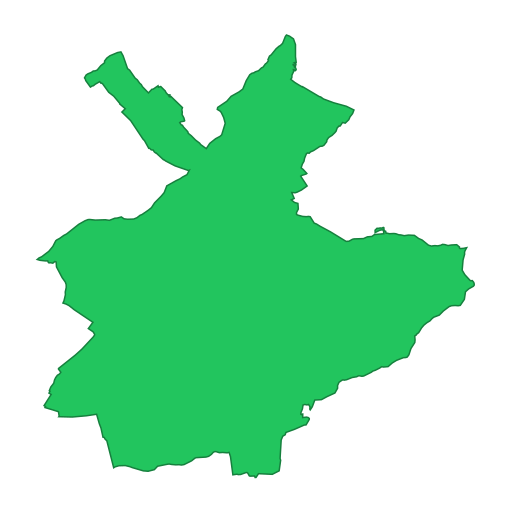 the district of Pungesti, Vaslui, Romania, rotated 91°
{"feature_id": "2599482B34424571679317", "entity_name": "Pungesti", "entity_type": "district", "adm_level": 2, "iso_a3": "ROU", "parent_name": "Romania", "parent_adm1": "Vaslui", "projection": "orthographic", "projection_center": [27.364, 46.71], "detail": "fine", "context": "isolated", "style": "filled", "palette": "green", "viewbox_px": 512, "rotation_deg": 91, "n_neighbors": 0, "source": "geoboundaries", "source_scale": "gbopen_adm2", "svg_char_len": 6008}
<svg xmlns="http://www.w3.org/2000/svg" viewBox="0 0 512 512"><g transform="rotate(91 256 256)"><path d="M263.3,474.7L264.1,471.8L264.6,466.4L264.5,464.2L265.9,463.6L266.5,462.9L266.3,461.4L266.7,459.0L265.0,457.0L265.5,455.7L270.4,455.3L281.1,449.4L285.4,446.2L287.9,445.3L290.8,445.2L295.3,446.1L298.1,445.9L304.1,447.2L306.4,448.2L307.4,445.0L308.9,442.0L312.9,436.8L325.1,417.9L331.5,422.4L334.7,417.5L337.1,416.0L338.0,416.1L339.9,417.4L352.1,428.4L358.2,434.9L371.9,451.5L372.6,451.5L375.6,449.1L377.4,450.4L378.7,452.5L381.1,454.2L383.5,455.3L386.7,456.0L390.6,458.9L394.3,460.3L394.8,459.6L396.7,460.6L398.0,458.4L409.3,465.3L410.3,463.8L411.2,464.3L415.1,450.8L419.7,450.0L420.1,450.3L420.2,436.9L418.7,422.7L417.0,412.6L426.5,409.7L430.7,408.0L439.9,405.8L440.1,404.5L441.6,403.8L443.4,401.9L470.2,394.6L469.3,393.3L468.1,389.4L467.8,383.0L468.9,378.2L469.7,376.1L472.8,364.9L473.1,360.1L471.4,353.9L467.9,350.7L465.7,340.7L465.5,339.1L465.9,336.9L466.2,332.5L466.0,329.3L466.3,326.9L465.8,324.3L461.9,316.8L459.3,313.7L458.7,312.5L457.9,302.5L457.1,299.8L455.1,297.1L453.0,295.3L452.3,293.8L452.3,292.5L453.3,289.2L453.0,286.0L453.3,281.4L452.8,279.5L457.1,278.0L475.2,275.3L474.5,271.3L474.9,269.9L474.7,267.5L472.7,262.2L472.7,261.1L473.3,260.4L475.9,258.9L476.2,258.2L476.0,253.6L477.5,253.0L477.4,252.1L473.6,249.7L474.0,235.9L470.4,229.1L459.8,227.8L458.0,228.4L439.5,227.6L435.7,226.1L434.2,223.7L431.9,223.0L428.5,214.2L424.2,204.9L424.0,203.0L418.5,199.9L417.5,199.9L416.6,201.0L416.2,202.6L416.7,206.5L413.2,206.5L413.3,207.3L413.8,207.8L413.5,208.4L412.0,208.4L408.0,206.9L404.2,206.4L403.6,204.7L404.0,202.4L403.5,200.9L405.8,199.4L408.3,199.5L408.9,199.1L405.8,197.1L399.0,194.7L398.5,188.1L395.4,182.6L391.6,174.7L386.8,172.1L384.1,172.2L380.8,170.8L378.7,167.8L378.3,166.9L378.6,165.7L378.1,163.2L375.8,157.7L375.0,153.3L373.9,151.1L374.4,148.0L374.1,146.2L370.3,138.8L369.0,137.1L368.2,134.8L365.9,130.4L364.5,128.4L364.8,126.6L364.3,122.0L360.5,117.8L357.9,113.7L355.1,106.9L354.9,104.4L354.4,103.0L352.1,101.4L345.9,99.5L339.7,95.7L337.1,95.5L333.2,95.9L332.3,94.5L331.3,93.9L329.8,92.0L325.0,89.2L322.2,86.9L319.8,84.1L317.8,80.9L315.5,78.9L314.1,77.2L311.9,71.7L307.7,67.7L303.2,62.0L302.3,59.6L302.0,56.0L302.2,53.0L301.8,50.9L295.7,46.9L288.1,45.9L285.2,42.8L282.5,38.2L281.5,37.4L280.3,37.3L278.6,37.8L276.8,39.3L277.0,40.6L276.7,41.5L271.0,46.9L266.6,49.6L256.3,48.9L250.4,47.4L249.2,47.6L247.3,47.2L244.0,45.5L244.7,48.6L245.0,52.1L244.3,52.8L243.5,52.7L241.2,55.5L241.6,61.0L242.2,64.2L241.3,67.4L241.1,69.7L242.0,71.4L242.7,74.5L242.5,77.3L242.8,79.7L243.1,80.3L242.2,83.7L237.1,90.2L235.7,93.6L232.6,98.0L232.4,103.9L233.1,108.1L232.4,111.5L232.3,113.6L231.3,116.6L231.1,118.5L231.4,123.1L230.9,125.1L231.0,126.3L229.0,126.8L228.5,128.3L225.4,128.7L225.2,129.3L225.9,130.5L225.8,132.3L226.3,134.7L226.1,135.4L228.1,137.4L230.5,137.3L228.2,132.9L227.7,131.0L227.7,129.8L228.4,129.0L231.5,128.6L232.5,137.9L234.4,140.4L234.9,145.0L236.7,148.8L237.2,158.3L237.6,159.9L239.6,163.3L239.8,166.2L230.5,182.0L225.1,192.5L223.0,196.0L222.1,198.4L215.8,202.5L215.5,204.0L215.8,206.4L215.6,210.1L214.3,215.2L213.7,216.2L211.7,216.2L208.3,214.5L202.7,215.0L201.8,218.4L199.3,221.7L197.8,218.8L191.9,221.4L192.1,218.0L191.5,216.1L189.3,211.8L185.1,206.1L175.4,212.7L174.7,211.8L173.1,207.2L172.6,206.6L168.7,210.3L167.1,212.4L163.4,211.3L160.5,209.7L157.3,209.1L152.9,207.4L152.1,206.4L152.3,204.6L151.0,203.4L149.6,200.3L145.3,194.0L145.0,191.6L144.1,190.0L140.5,187.3L139.1,187.2L137.2,186.1L136.1,185.2L134.1,182.1L131.3,179.3L129.8,178.1L126.6,177.1L124.5,175.2L124.7,174.4L124.4,174.0L121.0,171.8L121.6,169.1L118.1,165.6L115.2,164.4L111.9,161.9L108.3,160.6L104.7,168.3L101.4,181.1L97.8,191.3L95.9,194.0L95.4,195.7L85.9,212.4L86.2,212.6L84.2,216.2L81.9,220.1L78.7,224.4L77.2,223.3L74.5,223.2L70.6,221.5L68.9,221.9L68.9,221.3L70.0,220.6L70.1,220.1L69.1,219.1L67.5,219.5L66.4,220.9L65.8,221.0L65.6,220.8L66.0,220.1L65.5,220.1L64.3,222.2L64.0,222.2L64.1,221.7L65.3,219.8L63.5,219.4L62.2,221.3L61.9,220.7L62.5,220.0L61.8,219.2L56.0,220.0L44.0,220.2L38.3,222.3L35.6,226.3L34.5,229.4L36.0,230.5L42.9,233.1L45.4,235.6L45.6,236.3L48.3,239.4L54.6,244.3L55.9,246.0L59.5,247.5L60.6,247.0L63.1,248.9L63.7,249.9L67.0,252.2L67.9,253.9L70.7,256.7L71.9,260.0L72.8,261.2L73.4,263.4L74.9,265.4L80.8,268.8L89.3,272.1L92.2,275.8L96.8,283.7L101.8,287.9L108.1,296.9L110.1,297.3L111.7,294.5L113.0,293.3L118.2,290.7L123.9,289.1L135.4,292.4L136.9,293.9L139.4,298.4L144.2,304.2L149.5,307.6L145.6,313.2L144.1,314.4L141.1,318.5L136.9,322.8L134.5,325.9L133.2,326.2L132.1,327.1L128.5,330.6L126.5,331.9L126.3,332.9L124.0,334.6L123.1,333.5L122.5,330.3L122.0,329.7L119.2,330.5L115.8,332.4L113.5,332.2L110.8,332.7L108.9,332.1L97.9,343.9L97.6,344.3L98.4,344.6L98.2,345.6L97.3,345.9L96.4,345.2L96.3,346.9L94.1,348.9L92.6,349.6L88.2,354.2L89.0,356.5L87.5,356.9L91.0,361.8L91.1,363.0L94.8,366.4L88.7,372.5L86.6,373.7L85.3,375.3L81.9,377.8L80.2,380.0L72.4,385.6L70.9,387.7L58.1,392.4L54.3,394.6L55.0,398.0L58.3,405.5L60.7,408.6L63.7,410.8L65.4,410.8L68.4,414.5L72.8,418.0L73.7,420.0L73.9,422.0L75.3,423.8L76.8,427.3L78.0,429.0L80.9,430.6L82.0,429.8L83.6,429.3L90.0,424.5L88.8,422.6L88.6,421.5L87.1,419.8L84.4,415.3L85.9,414.1L85.8,413.4L86.6,412.3L94.9,406.1L98.7,401.0L105.8,394.9L106.4,394.9L111.0,389.3L114.4,392.6L122.8,383.7L141.3,370.9L142.6,369.5L150.2,365.1L150.1,364.3L151.7,362.6L151.9,360.6L153.6,359.6L154.8,358.1L154.7,357.7L161.4,350.2L161.3,349.8L162.7,347.8L167.3,338.5L171.5,325.7L171.7,324.9L171.4,324.2L175.9,326.4L178.3,330.8L180.2,333.4L182.0,337.1L187.4,346.4L194.2,348.9L197.9,351.9L204.6,358.3L209.5,361.4L212.1,364.5L216.5,370.7L217.3,372.6L219.8,375.7L221.2,379.0L221.5,385.1L221.1,388.6L219.3,391.3L220.5,395.5L220.7,397.9L222.9,403.2L222.4,407.3L222.9,417.3L222.4,422.8L222.5,424.5L223.7,427.5L227.4,433.8L237.3,445.8L238.8,448.6L241.8,452.6L243.4,455.5L244.3,456.5L250.0,459.3L255.0,463.3L260.5,470.3L261.7,472.9L263.3,474.7Z" fill="#22c55e" stroke="#15803d" stroke-width="1.5"/></g></svg>